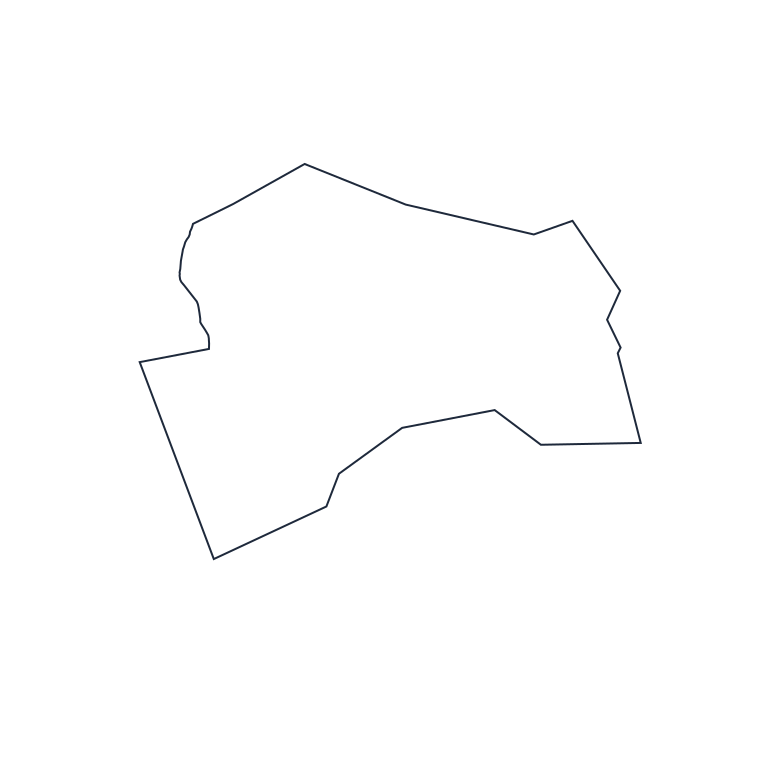 Shiveegovi, Dornogovi, Mongolia, rotated 213°
{"feature_id": "93677404B28093616266746", "entity_name": "Shiveegovi", "entity_type": "district", "adm_level": 2, "iso_a3": "MNG", "parent_name": "Mongolia", "parent_adm1": "Dornogovi", "projection": "natural_earth1", "projection_center": [108.624, 46.084], "detail": "fine", "context": "isolated", "style": "outline", "palette": "slate", "viewbox_px": 768, "rotation_deg": 213, "n_neighbors": 0, "source": "geoboundaries", "source_scale": "gbopen_adm2", "svg_char_len": 802}
<svg xmlns="http://www.w3.org/2000/svg" viewBox="0 0 768 768"><g transform="rotate(213 384 384)"><path d="M463.5,546.3L570.4,525.3L608.6,452.7L631.4,414.3L630.6,411.7L630.1,409.6L629.6,406.0L628.4,403.6L627.9,400.8L628.1,397.9L627.9,394.6L626.6,390.3L625.9,387.3L625.1,385.5L621.4,376.7L620.2,374.5L617.5,369.5L616.2,366.2L615.2,365.1L614.5,363.6L611.8,360.5L609.4,359.1L605.4,357.9L585.9,351.2L583.5,349.5L581.1,347.1L577.4,343.0L573.6,338.6L571.8,335.8L570.0,334.8L563.8,332.1L560.7,330.6L558.0,329.2L557.1,328.3L555.8,326.9L554.6,325.2L552.8,322.8L549.9,318.1L600.8,269.3L431.4,144.5L365.6,249.9L372.9,284.2L344.9,357.1L277.0,422.4L219.3,418.5L136.6,474.4L204.7,537.1L205.4,543.4L231.9,559.4L236.7,590.8L314.8,623.5L339.8,591.0L463.5,546.3Z" fill="none" stroke="#1e293b" stroke-width="2"/></g></svg>